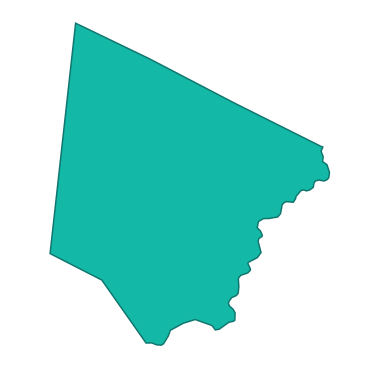 outline of Starr, Texas, United States of America, rotated 276°
{"feature_id": "52423323B3441852728971", "entity_name": "Starr", "entity_type": "district", "adm_level": 2, "iso_a3": "USA", "parent_name": "United States of America", "parent_adm1": "Texas", "projection": "equal_earth", "projection_center": [-98.863, 26.511], "detail": "fine", "context": "isolated", "style": "filled", "palette": "teal", "viewbox_px": 384, "rotation_deg": 276, "n_neighbors": 0, "source": "geoboundaries", "source_scale": "gbopen_adm2", "svg_char_len": 1043}
<svg xmlns="http://www.w3.org/2000/svg" viewBox="0 0 384 384"><g transform="rotate(276 192 192)"><path d="M37.0,162.1L37.7,167.8L36.3,172.8L36.5,177.5L38.0,179.5L46.4,183.5L52.2,184.9L60.6,197.1L65.5,208.5L61.3,225.9L57.3,229.6L58.4,233.4L66.3,242.3L67.8,246.8L69.0,248.0L76.3,247.5L79.5,245.3L82.4,241.4L84.7,239.9L87.2,240.3L91.0,242.4L93.6,246.8L96.1,248.5L102.6,248.5L110.9,247.1L114.3,249.2L117.3,255.9L120.3,258.2L121.9,258.0L126.5,255.1L127.9,255.3L133.6,263.9L139.0,267.0L149.8,262.9L152.8,263.4L154.9,266.1L156.2,266.5L160.3,264.2L163.3,260.6L169.6,261.2L173.0,265.8L173.7,271.2L176.1,279.8L179.7,282.3L188.8,283.0L191.0,284.7L192.3,286.8L192.4,293.8L196.3,295.8L198.3,295.8L204.9,300.3L205.7,303.0L205.1,305.6L206.3,308.9L209.4,312.1L213.7,312.4L215.9,313.6L217.2,317.1L216.7,322.0L218.1,324.7L220.3,326.5L225.8,326.7L233.2,323.4L235.9,318.7L240.8,318.8L246.0,316.1L250.4,317.4L251.1,314.8L285.2,224.0L320.0,135.8L347.7,58.6L310.4,58.4L115.9,57.3L95.0,111.5L37.0,162.1Z" fill="#14b8a6" stroke="#0f766e" stroke-width="1.5"/></g></svg>